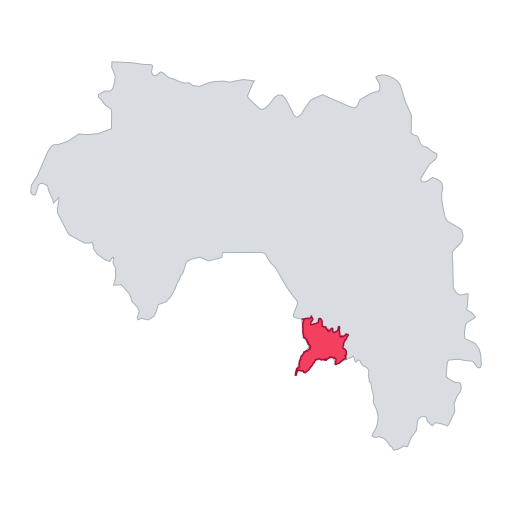 Gueckedou, Guéckédou, Guinea shown in context
{"feature_id": "49546643B20526276358370", "entity_name": "Gueckedou", "entity_type": "district", "adm_level": 2, "iso_a3": "GIN", "parent_name": "Guinea", "parent_adm1": "Guéckédou", "projection": "natural_earth1", "projection_center": [-10.315, 8.69], "detail": "fine", "context": "in_parent", "style": "filled", "palette": "rose", "viewbox_px": 512, "rotation_deg": 0, "n_neighbors": 0, "source": "geoboundaries", "source_scale": "gbopen_adm2", "svg_char_len": 9008}
<svg xmlns="http://www.w3.org/2000/svg" viewBox="0 0 512 512"><path d="M322.0,359.9L317.3,359.2L315.2,360.2L308.9,368.7L305.2,372.0L299.4,370.9L297.3,371.5L295.7,370.6L297.9,365.9L300.9,356.7L308.5,347.5L308.7,345.5L305.5,340.1L302.3,332.7L302.2,324.8L301.6,319.1L294.8,317.5L293.6,316.5L293.4,314.6L297.2,304.7L297.5,302.7L297.1,300.9L292.9,295.9L286.4,286.6L275.3,267.4L271.1,263.3L267.1,257.5L265.6,253.7L261.4,252.4L222.5,252.6L221.7,257.6L208.3,261.0L200.0,257.1L190.8,259.4L186.4,262.0L182.9,273.1L180.9,275.5L178.9,280.6L177.1,283.3L175.1,288.8L170.7,296.7L166.1,301.8L158.3,304.6L155.8,312.8L154.0,315.9L151.0,318.3L147.8,319.9L141.4,318.3L137.8,319.8L137.2,317.7L139.3,311.2L137.7,307.7L131.6,300.9L131.0,297.6L129.1,293.4L121.1,284.6L113.5,285.2L115.6,277.8L115.6,268.1L113.0,262.7L113.7,257.3L112.3,257.6L109.8,261.4L105.7,260.2L97.5,254.4L93.4,248.7L92.9,244.0L92.0,242.1L89.5,243.1L84.4,243.0L68.7,234.5L57.6,213.0L57.4,208.2L59.0,199.9L58.7,197.6L53.5,203.1L52.6,199.4L48.7,190.8L47.6,185.9L43.8,183.7L40.8,183.3L38.5,184.9L35.4,195.0L33.1,194.9L30.7,192.8L31.3,185.3L37.3,175.9L47.5,152.1L51.1,146.7L53.4,144.8L58.2,144.6L67.5,141.4L78.9,134.0L87.7,134.6L98.0,133.7L111.5,128.6L111.6,112.7L111.2,109.1L106.4,105.9L103.7,103.2L101.3,99.6L98.4,97.1L98.5,94.5L104.5,91.1L109.9,91.1L111.8,89.8L113.1,87.6L114.7,81.8L115.2,75.7L111.7,67.6L111.9,61.8L131.6,62.7L142.4,64.3L151.3,64.7L152.7,66.0L151.5,71.6L152.6,74.9L155.6,75.8L160.6,71.9L163.1,72.8L168.7,77.6L173.8,79.0L179.4,81.6L184.7,83.1L189.4,82.9L192.9,85.6L199.5,86.5L208.0,83.0L214.7,81.5L224.1,81.1L229.0,82.2L243.3,79.5L254.5,81.0L252.8,82.9L247.6,95.7L248.2,97.9L259.6,108.7L262.3,109.5L265.5,108.0L270.4,103.1L274.2,97.7L278.0,95.0L282.3,95.2L285.8,99.0L293.9,115.0L296.0,117.0L297.9,117.0L301.5,114.0L303.3,110.5L310.8,99.9L322.5,94.7L350.2,106.8L354.3,107.7L356.7,106.8L360.1,99.6L370.6,93.5L375.5,91.8L378.4,91.6L379.5,89.7L380.0,86.8L379.5,83.8L376.2,78.3L376.1,76.7L378.0,75.7L381.9,74.9L387.1,75.4L392.9,77.8L397.6,81.2L400.3,85.2L405.5,102.1L411.4,115.3L411.2,133.1L413.7,134.9L416.6,135.6L417.9,137.0L420.8,144.3L423.4,146.5L426.6,147.0L432.6,151.7L436.5,153.5L437.0,154.9L436.9,156.8L435.4,159.3L429.6,164.2L426.8,168.4L420.9,178.4L420.7,180.3L422.0,181.7L424.4,181.9L427.0,181.2L432.4,177.6L436.7,178.9L440.8,181.7L442.3,184.6L442.7,188.4L441.8,193.3L441.7,198.8L443.1,208.2L445.2,217.6L447.4,221.0L461.1,229.3L462.4,232.3L463.1,235.8L462.1,240.6L460.7,243.2L453.2,250.6L452.1,254.1L452.7,260.6L453.3,288.0L456.2,292.7L459.8,295.0L468.0,293.7L467.8,301.3L466.7,309.9L471.5,312.5L473.9,315.1L475.3,317.5L467.7,322.1L465.5,324.7L464.5,331.9L464.7,338.5L474.9,343.2L478.9,348.7L480.7,354.4L481.3,365.2L480.4,367.7L477.7,367.7L472.6,361.2L464.6,360.4L458.7,359.2L448.9,360.0L447.3,362.0L446.1,376.4L448.5,378.8L453.2,381.5L456.2,382.7L458.8,382.3L460.8,384.1L461.2,388.8L459.9,392.3L457.3,395.5L454.1,403.8L454.8,411.4L449.2,423.6L447.6,425.9L440.3,423.5L435.5,422.7L432.1,425.8L427.3,421.1L426.4,417.4L424.6,416.6L421.4,416.6L418.5,418.7L417.2,422.5L416.5,430.3L411.1,437.7L407.4,446.8L403.0,446.0L402.0,447.1L397.4,449.5L393.4,450.2L392.4,447.7L390.0,445.7L387.4,441.8L384.5,438.7L378.8,436.5L376.6,437.4L373.9,437.2L372.2,435.9L372.4,434.1L375.4,429.3L377.1,424.9L378.0,420.0L378.0,415.5L376.4,409.0L373.9,403.9L373.2,400.9L373.5,396.7L372.9,392.8L372.1,390.7L370.9,383.2L369.4,381.9L368.6,375.9L368.8,369.8L366.6,367.5L363.2,365.8L361.2,363.4L359.9,360.7L358.7,360.0L357.6,360.1L356.7,361.8L355.5,362.1L353.5,356.4L352.7,356.2L351.3,357.5L335.4,363.8L333.3,358.4L330.3,357.5L325.1,359.6L322.0,359.9Z" fill="#d9dde1" stroke="#a8b0b8" stroke-width="1"/><path d="M302.6,319.1L303.0,319.4L303.5,320.2L303.6,320.7L303.5,321.0L303.4,322.1L303.4,322.3L303.1,322.6L303.0,322.8L302.9,323.1L302.8,324.6L302.7,325.2L302.8,325.9L302.7,326.2L302.9,327.7L303.1,328.1L303.0,328.5L303.0,329.3L303.0,329.8L302.8,331.1L302.9,331.4L303.0,332.2L303.4,334.7L303.3,335.1L303.6,336.0L303.5,336.3L303.4,337.2L303.6,337.4L303.8,337.4L303.9,337.5L304.0,337.7L304.3,337.4L304.6,337.4L304.9,338.0L306.5,339.5L307.0,340.6L307.1,340.8L307.2,341.7L307.3,342.0L308.0,341.9L308.1,342.1L307.6,342.5L308.0,343.0L308.3,343.5L308.1,344.0L309.1,344.5L309.7,345.4L309.8,346.0L310.2,346.0L310.6,346.4L310.0,347.5L309.8,348.0L310.0,348.4L310.0,348.9L309.9,348.9L309.8,349.0L308.8,349.5L308.7,349.8L308.6,350.0L307.8,350.5L307.6,350.6L307.3,351.0L307.1,351.0L306.8,350.8L306.0,350.9L305.6,351.3L305.1,351.6L304.7,352.0L304.3,352.0L304.1,351.9L303.9,352.0L303.7,352.4L303.7,353.5L303.6,353.8L303.2,353.9L302.9,354.3L302.5,355.3L302.3,355.4L302.1,355.6L301.5,355.8L301.2,355.9L301.2,356.3L301.1,356.6L300.8,357.6L300.7,358.0L300.6,358.5L300.8,359.2L300.7,359.5L300.5,359.4L300.3,359.3L300.2,359.4L300.2,359.8L300.2,360.1L300.0,360.3L299.7,360.4L299.6,360.5L299.5,361.1L299.5,361.6L299.4,361.9L299.4,362.0L299.4,362.8L299.4,363.0L299.1,364.2L299.3,364.8L299.4,365.9L299.4,366.7L299.3,366.8L299.1,367.0L298.6,367.2L298.4,367.7L298.0,368.0L297.0,368.5L296.7,368.8L296.6,369.2L296.5,369.7L296.4,370.3L296.4,370.7L296.1,371.3L295.5,372.7L295.7,374.3L295.4,374.6L295.3,375.1L295.6,375.2L296.1,375.1L296.4,375.0L296.5,373.5L296.6,373.1L296.6,372.8L296.7,372.7L297.0,372.5L297.2,371.5L298.1,370.2L298.4,370.2L298.7,370.2L299.1,370.2L300.6,370.6L302.8,370.8L303.4,371.2L303.7,372.3L303.8,372.5L304.6,372.6L305.0,372.7L305.4,372.5L306.3,371.8L307.4,370.9L308.0,370.5L309.3,369.1L309.7,368.3L310.1,367.9L310.5,367.6L310.8,367.0L310.9,366.8L311.0,366.7L311.6,366.3L312.0,365.7L312.9,363.8L313.1,363.6L313.3,363.4L313.8,363.1L314.2,362.5L314.3,362.4L314.7,361.3L315.2,360.6L315.3,360.2L315.5,359.7L315.7,359.4L316.5,359.8L317.0,359.7L317.7,359.4L318.1,359.1L318.3,359.0L318.8,358.8L319.0,358.6L319.3,358.8L319.6,358.9L320.8,359.7L321.6,359.9L321.8,359.9L322.3,359.5L322.8,359.5L323.3,359.7L323.9,359.5L324.1,359.5L324.3,359.5L324.5,359.8L325.0,359.2L325.3,359.1L325.3,359.4L325.2,359.9L325.2,360.0L325.3,360.2L326.0,360.2L326.3,360.2L326.6,359.8L326.9,359.4L327.1,359.3L327.5,358.9L328.0,358.6L328.9,357.9L329.2,357.8L329.3,357.8L329.4,357.2L329.6,357.0L330.4,357.5L330.6,357.3L330.9,357.3L331.3,357.1L331.6,357.1L331.9,357.2L332.2,357.3L332.7,357.4L333.2,357.8L333.6,357.6L334.0,357.6L334.4,357.8L334.5,358.1L334.5,358.3L334.9,358.4L335.3,358.4L335.6,358.7L336.0,359.2L336.1,359.3L336.1,359.6L335.9,361.2L335.9,361.3L335.8,361.5L335.5,362.0L335.4,362.6L335.2,363.9L335.2,364.0L335.2,364.3L335.5,364.5L335.9,364.5L337.0,363.8L337.6,363.7L337.9,363.6L338.3,363.0L338.5,363.0L338.9,363.2L339.1,363.2L339.3,363.2L339.6,363.0L340.0,362.6L340.6,361.9L340.7,361.7L340.9,361.3L341.5,361.1L342.1,360.5L342.7,360.0L343.0,360.0L343.1,359.8L343.3,359.4L344.3,359.0L345.7,358.8L345.8,358.8L345.8,358.4L345.7,358.0L345.6,357.7L345.9,357.0L345.7,356.5L345.4,356.3L344.9,355.9L345.1,355.5L345.6,355.3L346.2,355.0L346.5,354.4L346.3,353.3L346.2,352.2L346.4,351.7L346.3,351.2L345.8,350.4L345.4,349.9L344.9,349.4L344.7,349.1L344.1,348.7L343.4,348.6L343.0,348.3L342.9,347.4L343.0,346.7L343.4,345.4L343.6,344.4L343.7,343.6L343.9,342.5L344.4,341.7L345.0,340.5L345.3,339.7L345.7,339.6L346.4,338.8L346.7,337.6L346.9,337.1L347.2,336.6L347.7,335.9L348.1,335.7L348.2,335.0L348.2,334.9L348.0,335.0L347.9,334.9L347.5,334.8L347.1,334.5L346.7,334.0L345.5,334.3L345.4,335.0L345.2,335.3L344.6,335.6L343.9,336.1L343.1,336.5L342.9,336.3L342.2,336.8L341.9,336.1L341.4,336.5L341.0,336.9L340.3,336.7L340.0,336.2L340.0,335.5L339.9,334.5L339.6,333.9L339.6,333.4L339.7,332.9L339.6,332.0L339.4,331.2L339.3,330.4L339.2,329.7L339.5,328.8L339.6,327.4L339.3,326.7L338.7,326.7L338.3,327.1L338.3,327.7L338.3,328.3L338.1,328.8L338.0,329.4L337.7,330.1L337.6,330.6L337.3,330.9L336.6,331.3L335.7,331.6L335.0,332.2L334.7,332.5L334.2,332.3L333.6,332.0L333.0,331.8L332.7,331.6L332.6,331.0L332.6,330.3L332.7,329.7L332.8,329.0L332.6,328.5L332.1,328.4L331.7,328.3L331.6,328.5L331.4,328.7L331.0,329.1L330.4,329.3L330.2,329.8L329.8,330.5L329.3,331.0L328.9,331.3L328.3,331.5L327.9,331.3L327.9,330.8L328.0,330.1L327.8,329.3L327.4,329.3L326.7,329.3L326.4,328.9L326.3,328.3L326.1,327.6L325.9,327.0L325.5,326.8L325.1,326.8L324.3,326.9L323.9,327.0L323.6,326.6L323.2,326.4L322.6,326.4L322.3,326.2L322.2,325.4L322.0,325.0L322.1,324.4L322.2,323.8L322.2,323.0L322.1,322.5L322.0,322.1L322.2,321.7L322.0,321.1L321.9,320.6L321.4,319.7L321.0,319.0L320.3,318.5L319.3,318.5L318.9,318.9L318.6,319.5L318.6,320.0L318.5,320.3L318.5,321.1L318.4,321.8L318.3,322.3L317.9,322.7L317.2,323.0L316.8,323.1L316.4,323.3L315.9,323.6L315.5,323.6L314.8,323.8L314.1,324.0L313.7,324.1L313.3,324.1L312.9,324.3L312.5,324.4L312.2,324.5L311.9,324.5L311.5,324.7L310.7,324.7L310.7,323.3L310.7,322.7L310.9,322.1L311.4,321.3L312.1,320.7L312.6,320.1L312.7,319.8L312.7,319.4L312.7,318.9L312.5,318.2L312.0,317.7L311.6,316.9L311.5,316.6L311.5,316.1L311.5,315.5L311.2,316.5L310.7,317.5L310.1,318.3L309.4,318.6L308.7,318.3L307.0,318.3L306.0,318.5L305.5,318.6L304.9,318.7L304.3,319.3L304.2,319.7L303.7,319.3L303.1,318.9L302.6,319.1Z" fill="#f43f5e" stroke="#9f1239" stroke-width="1.5"/></svg>